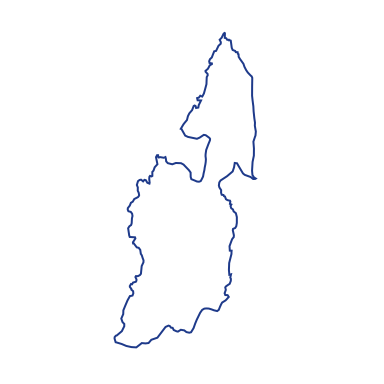 Lupatapata, Kasaï-Oriental, Democratic Republic of the Congo, rotated 188°
{"feature_id": "63176286B66669834222633", "entity_name": "Lupatapata", "entity_type": "district", "adm_level": 2, "iso_a3": "COD", "parent_name": "Democratic Republic of the Congo", "parent_adm1": "Kasaï-Oriental", "projection": "equal_earth", "projection_center": [23.576, -6.023], "detail": "fine", "context": "isolated", "style": "outline", "palette": "blue", "viewbox_px": 384, "rotation_deg": 188, "n_neighbors": 0, "source": "geoboundaries", "source_scale": "gbopen_adm2", "svg_char_len": 4620}
<svg xmlns="http://www.w3.org/2000/svg" viewBox="0 0 384 384"><g transform="rotate(188 192 192)"><path d="M141.0,93.2L142.4,94.8L144.7,94.6L145.6,96.3L144.9,99.8L145.8,102.2L145.2,103.3L143.4,105.0L141.9,106.3L141.2,109.4L141.4,111.4L142.2,112.6L141.9,115.9L143.5,115.2L144.6,120.0L145.3,126.9L144.3,136.1L144.5,137.8L144.6,139.4L146.4,139.2L147.3,143.6L146.2,148.7L145.7,150.9L144.8,152.5L144.4,153.1L144.5,155.0L146.3,159.9L146.2,161.2L144.2,162.4L143.4,164.3L143.3,167.6L144.1,173.4L145.6,177.1L148.1,178.6L149.0,180.4L150.9,181.4L151.9,183.5L151.3,185.1L152.8,185.5L152.7,187.9L153.2,188.7L153.5,188.7L154.0,188.7L155.8,188.9L157.4,189.6L158.7,192.1L159.7,192.3L160.4,193.4L162.2,193.4L163.1,195.3L163.4,197.9L165.5,200.3L166.3,202.2L166.3,205.3L165.3,207.4L159.5,212.5L154.6,218.0L153.8,222.3L153.7,226.7L152.2,226.7L151.4,226.7L149.8,224.6L149.0,223.6L148.2,222.6L147.4,221.6L146.6,220.6L145.8,219.6L145.0,218.6L144.2,217.6L143.5,217.1L142.8,216.7L142.1,216.3L136.0,215.0L134.2,213.9L133.3,213.4L131.3,213.7L130.7,214.2L132.7,215.1L134.5,217.2L135.5,221.5L136.2,230.2L135.8,236.6L136.7,243.6L138.2,250.4L137.3,255.5L137.0,256.7L137.2,260.8L137.8,262.6L139.0,266.4L139.3,269.5L140.5,273.6L142.2,280.4L143.2,285.5L143.6,286.9L144.8,291.3L145.9,295.7L147.2,305.3L148.2,313.4L149.0,314.8L149.4,315.0L150.9,316.1L153.4,318.1L155.3,320.2L157.5,323.3L158.9,326.1L163.0,330.4L164.6,332.4L165.1,334.9L165.8,335.2L166.3,336.8L168.1,336.6L168.9,337.7L171.5,338.3L172.7,340.3L174.2,345.6L174.7,347.3L176.0,347.6L176.4,347.4L176.7,347.9L177.5,347.7L178.3,347.6L179.5,349.0L181.0,349.2L181.5,353.8L182.0,354.0L182.8,353.0L184.1,348.9L185.8,346.6L184.3,344.4L184.2,342.8L186.1,340.5L187.8,335.1L189.6,334.4L190.7,329.8L191.1,328.0L192.7,326.0L193.2,323.9L192.6,322.2L190.2,322.1L190.1,321.4L192.1,319.9L192.5,318.6L193.4,316.2L195.5,313.8L195.3,313.0L193.0,311.1L192.7,309.8L193.4,307.8L192.7,300.8L193.2,296.7L193.9,291.3L194.6,289.3L194.9,288.5L195.2,287.9L197.2,288.5L198.3,286.5L200.0,285.7L199.2,283.6L195.8,283.9L197.4,279.0L197.5,276.5L199.6,275.8L199.7,276.1L200.5,277.7L201.5,278.0L202.0,277.6L202.3,277.4L203.3,273.1L205.6,269.5L206.6,266.5L207.0,262.6L209.1,259.2L209.7,258.1L209.8,258.0L211.9,253.0L211.1,252.8L206.6,246.9L203.7,246.0L194.5,245.4L192.0,246.9L188.3,250.2L187.1,250.2L186.2,250.1L182.3,248.0L181.5,247.1L181.4,245.9L181.7,244.5L182.2,242.6L182.7,240.5L183.2,238.2L183.8,235.6L183.8,231.3L183.6,229.4L182.8,226.4L182.6,223.7L182.6,221.3L182.8,218.1L182.8,215.4L183.1,212.0L183.2,208.9L184.0,206.4L184.9,204.0L186.4,203.2L187.3,203.1L188.0,203.1L188.7,203.1L190.4,203.6L192.3,204.1L194.4,204.6L195.4,206.7L196.1,211.1L198.1,213.2L204.2,218.0L206.9,219.0L208.7,218.8L212.0,218.5L215.4,216.7L220.0,217.2L221.8,218.7L222.6,221.6L223.2,222.9L224.3,222.2L224.7,222.0L228.6,222.1L229.6,221.5L230.0,221.7L230.4,222.0L230.7,223.7L231.7,223.6L232.5,221.5L230.1,214.7L232.4,211.3L233.1,207.8L234.1,206.3L234.0,205.8L233.5,202.4L234.2,201.8L235.8,202.1L236.3,201.1L236.2,199.1L235.2,195.1L235.4,194.6L235.4,194.4L237.5,194.9L239.4,197.3L240.8,197.4L241.9,195.7L243.3,196.6L244.2,197.1L245.6,196.6L247.0,195.2L247.5,191.8L247.6,191.3L246.3,189.0L245.9,185.7L244.7,183.9L243.9,181.5L244.1,180.6L244.8,179.4L248.2,177.0L249.3,174.2L251.0,172.8L251.7,169.9L253.3,167.1L253.2,165.6L253.1,165.4L252.3,164.1L251.7,164.0L249.9,163.8L248.3,162.2L247.6,160.0L247.8,157.4L247.4,152.8L247.5,151.9L247.7,150.8L249.2,149.4L250.2,147.2L248.5,141.5L248.2,140.4L247.4,138.8L242.1,139.2L241.6,138.1L243.5,134.0L243.2,133.0L242.7,133.2L239.0,129.5L237.0,129.3L235.2,127.5L234.4,124.8L234.1,123.7L232.9,122.3L231.6,119.6L230.5,117.6L230.3,115.6L231.5,111.7L231.2,103.9L232.0,102.5L233.2,101.6L234.0,101.1L235.7,100.9L235.8,100.9L236.2,99.9L234.8,97.7L234.7,96.4L235.1,95.3L237.8,94.1L238.5,92.3L239.6,92.4L240.5,90.2L240.3,89.3L238.7,87.8L238.5,87.4L238.5,86.9L236.5,85.6L236.0,83.5L236.5,81.2L237.7,80.7L239.0,80.3L240.8,75.6L242.3,70.0L243.5,65.3L243.1,61.5L244.4,56.8L242.7,53.5L240.7,51.9L240.4,49.6L242.1,44.4L246.5,39.5L247.2,39.2L247.4,39.1L247.8,38.5L248.4,37.5L248.3,36.1L246.7,32.6L245.7,32.5L240.5,31.7L235.6,30.4L230.4,30.0L227.7,30.2L225.5,30.4L222.3,33.7L220.7,35.4L216.9,35.6L214.0,36.4L211.7,40.0L207.2,42.3L206.0,42.9L199.4,54.7L196.7,56.4L195.4,56.2L193.8,54.7L192.3,54.8L190.9,52.8L187.9,51.9L186.5,51.8L183.9,54.0L180.4,53.9L178.0,52.5L175.1,52.3L173.4,53.0L171.5,57.4L170.5,62.3L169.5,66.2L167.1,73.6L165.5,76.7L163.6,78.2L161.6,78.7L159.1,78.9L156.4,78.5L153.7,77.9L150.5,77.6L149.1,79.0L148.3,82.2L147.5,84.9L146.8,86.7L143.7,89.3L142.8,90.5L141.0,93.2Z" fill="none" stroke="#1e3a8a" stroke-width="2"/></g></svg>